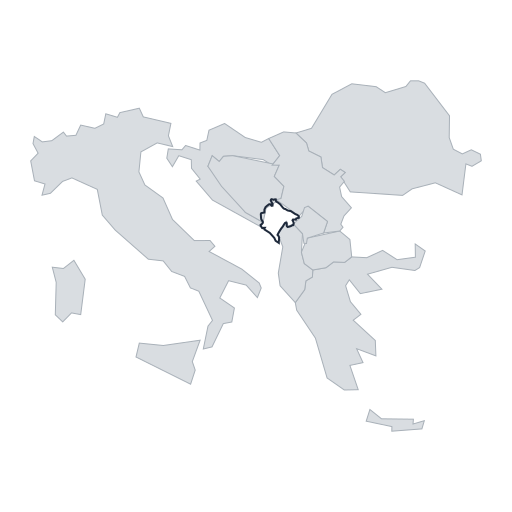 Montenegro highlighted, Equal Earth projection
{"feature_id": "MNE", "entity_name": "Montenegro", "entity_type": "country or territory", "adm_level": 0, "iso_a3": "MNE", "parent_name": "Europe", "parent_adm1": "", "projection": "equal_earth", "projection_center": [19.258, 42.706], "detail": "fine", "context": "with_neighbors", "style": "outline", "palette": "slate", "viewbox_px": 512, "rotation_deg": 0, "n_neighbors": 9, "source": "natural_earth", "source_scale": "50m", "svg_char_len": 5032}
<svg xmlns="http://www.w3.org/2000/svg" viewBox="0 0 512 512"><path d="M453.3,149.2L462.3,153.9L471.3,149.8L480.4,154.2L481.3,160.8L472.0,166.3L465.9,163.9L462.0,194.9L435.3,182.8L412.2,188.8L402.6,195.4L350.3,191.9L340.7,176.8L345.2,172.5L340.3,169.3L334.2,175.0L322.5,167.6L320.9,157.0L308.8,151.0L306.5,143.0L295.9,133.0L311.5,128.3L332.0,94.3L351.8,83.8L376.2,86.7L385.3,92.7L405.9,86.5L410.5,80.8L418.6,80.8L424.6,83.2L449.5,115.8L449.2,137.6L453.3,149.2Z" fill="#d9dde1" stroke="#a8b0b8" stroke-width="1"/><path d="M424.3,420.7L421.9,428.9L391.8,431.2L391.9,426.6L366.2,421.2L369.9,409.5L381.5,418.8L413.4,419.2L413.0,424.0L424.3,420.7ZM351.7,256.9L366.7,257.7L382.6,250.4L397.1,259.7L415.4,257.2L415.2,244.0L425.2,251.0L419.6,267.6L414.9,270.5L391.9,267.3L367.5,274.2L381.9,289.2L360.3,293.6L349.3,279.8L345.6,285.7L350.4,301.7L360.9,314.3L353.2,320.2L375.3,340.5L375.9,355.9L356.6,348.7L363.0,362.6L349.9,365.4L358.2,389.7L344.3,390.0L327.1,378.0L315.4,338.1L296.7,310.2L295.3,302.6L304.7,289.6L305.9,280.9L312.4,277.0L312.8,270.0L326.0,267.7L333.6,261.9L344.6,262.4L351.7,256.9Z" fill="#d9dde1" stroke="#a8b0b8" stroke-width="1"/><path d="M312.8,270.0L312.4,277.0L305.9,280.9L304.7,289.6L295.3,302.6L280.1,285.8L278.3,273.1L282.8,246.8L278.0,234.3L286.7,221.4L288.0,226.3L293.4,224.0L302.5,233.7L301.4,252.2L304.3,263.6L312.8,270.0Z" fill="#d9dde1" stroke="#a8b0b8" stroke-width="1"/><path d="M224.6,123.5L245.2,137.5L261.4,142.3L268.7,138.5L279.7,155.6L272.1,165.2L263.2,159.6L232.7,155.7L223.5,156.3L219.2,161.5L212.2,155.7L207.9,166.3L245.5,212.5L263.1,222.4L260.9,226.9L212.5,200.1L196.2,181.1L200.2,179.1L191.5,168.3L191.3,159.7L178.8,155.7L172.4,166.7L166.8,158.2L168.3,148.9L181.9,149.8L185.6,145.5L199.9,150.1L200.0,143.0L206.8,140.4L209.0,130.2L224.6,123.5Z" fill="#d9dde1" stroke="#a8b0b8" stroke-width="1"/><path d="M105.8,113.8L117.4,117.3L119.9,112.6L139.3,108.2L143.3,116.9L170.9,123.4L168.4,135.8L172.7,146.6L157.2,142.9L140.9,151.9L138.9,171.9L144.9,185.0L163.0,198.0L172.5,219.5L194.3,240.6L210.0,240.5L214.9,246.3L209.1,251.5L241.8,269.1L259.2,283.0L261.2,288.0L257.4,297.6L246.2,285.1L228.6,280.7L219.8,298.0L234.4,308.0L231.8,322.0L223.3,323.6L212.0,346.9L203.3,349.0L208.0,326.1L212.5,320.4L198.8,291.2L190.4,287.9L184.6,276.4L171.7,271.5L163.2,260.9L148.3,259.2L115.2,230.1L102.3,215.1L97.3,189.4L71.9,177.9L62.6,181.4L50.4,193.3L42.0,195.2L45.0,184.0L34.5,180.8L30.7,160.9L38.1,153.2L33.0,143.6L34.3,136.5L42.3,141.9L51.8,140.7L63.4,132.1L66.5,136.1L75.9,135.3L80.7,125.1L94.9,128.3L103.7,124.0L105.8,113.8ZM163.3,345.5L200.1,340.2L192.3,361.6L195.2,370.1L190.6,384.2L136.0,357.0L139.3,343.1L163.3,345.5ZM63.4,268.5L73.9,260.3L85.2,279.2L80.7,314.6L71.5,312.9L62.7,321.9L55.3,314.8L56.2,282.4L52.3,267.2L63.4,268.5Z" fill="#d9dde1" stroke="#a8b0b8" stroke-width="1"/><path d="M263.1,222.4L245.5,212.5L221.5,186.3L207.9,166.3L212.2,155.7L219.2,161.5L223.5,156.3L232.7,155.7L279.2,165.2L274.3,176.4L283.9,186.3L281.0,198.5L266.1,208.1L263.1,222.4Z" fill="#d9dde1" stroke="#a8b0b8" stroke-width="1"/><path d="M339.7,231.0L349.9,239.5L351.7,256.9L344.6,262.4L333.6,261.9L326.0,267.7L312.8,270.0L304.3,263.6L301.4,252.2L307.3,238.1L339.7,231.0Z" fill="#d9dde1" stroke="#a8b0b8" stroke-width="1"/><path d="M268.7,138.5L283.7,131.9L295.9,133.0L306.5,143.0L308.8,151.0L320.9,157.0L322.5,167.6L334.2,175.0L340.3,169.3L345.2,172.5L340.7,176.8L344.4,181.3L339.6,187.1L341.6,196.6L351.4,207.8L344.0,215.9L340.8,224.2L343.0,227.3L339.7,231.0L323.6,233.0L327.5,221.5L308.1,206.2L297.1,218.2L298.7,215.9L276.3,199.7L281.0,198.5L283.9,186.3L274.3,176.4L279.2,165.2L272.1,165.2L279.7,155.6L268.7,138.5Z" fill="#d9dde1" stroke="#a8b0b8" stroke-width="1"/><path d="M303.9,243.3L302.5,233.7L293.4,224.0L301.8,216.3L304.5,207.6L308.1,206.2L327.5,221.5L323.6,233.0L307.3,238.1L306.5,243.5L303.9,243.3Z" fill="#d9dde1" stroke="#a8b0b8" stroke-width="1"/><path d="M275.8,199.4L275.8,199.7L275.8,200.7L276.3,201.6L277.9,202.5L280.2,204.3L282.9,207.7L284.2,208.8L285.3,209.0L287.5,210.4L289.1,210.8L290.8,211.1L295.3,214.1L297.3,214.9L298.7,216.1L298.9,217.1L298.8,217.8L296.2,218.5L295.8,219.7L294.5,219.5L293.0,219.5L292.5,220.3L293.2,221.5L293.7,222.9L293.4,224.8L293.2,225.1L292.9,225.0L290.7,226.2L289.1,226.7L287.7,227.0L287.0,226.4L286.7,225.7L286.7,223.5L286.5,222.8L286.0,222.5L285.0,223.0L283.9,224.6L282.8,226.5L281.2,228.5L279.9,230.5L278.5,232.9L277.5,234.9L278.5,236.0L279.2,237.6L279.0,238.8L279.1,239.5L278.8,241.6L278.8,242.9L275.6,240.8L274.3,237.9L269.8,232.9L264.5,229.5L264.3,229.0L264.5,228.3L264.8,227.8L263.7,227.8L262.9,228.2L262.2,228.1L261.4,226.8L260.6,225.7L260.6,224.8L261.0,224.6L261.5,224.3L262.6,223.2L262.8,222.6L262.8,221.8L261.2,219.1L261.0,217.3L260.8,214.1L261.1,213.3L261.7,213.0L264.4,212.5L264.4,210.0L264.5,209.3L265.1,208.2L265.4,207.3L266.9,205.9L269.0,204.3L269.9,204.2L270.6,204.4L271.5,205.8L272.5,205.7L272.7,204.0L271.4,201.8L270.7,200.4L271.0,199.6L271.4,199.2L272.5,199.4L273.5,199.8L274.2,199.5L275.2,199.3L275.8,199.4Z" fill="none" stroke="#1e293b" stroke-width="2"/></svg>